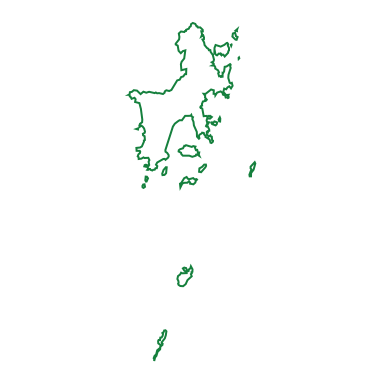 Mueang Phuket, Phuket, Thailand (Robinson projection)
{"feature_id": "78962969B33531913696438", "entity_name": "Mueang Phuket", "entity_type": "district", "adm_level": 2, "iso_a3": "THA", "parent_name": "Thailand", "parent_adm1": "Phuket", "projection": "robinson", "projection_center": [98.375, 7.727], "detail": "fine", "context": "isolated", "style": "outline", "palette": "green", "viewbox_px": 384, "rotation_deg": 0, "n_neighbors": 0, "source": "geoboundaries", "source_scale": "gbopen_adm2", "svg_char_len": 5946}
<svg xmlns="http://www.w3.org/2000/svg" viewBox="0 0 384 384"><path d="M131.8,91.9L129.9,92.2L129.6,94.3L128.7,94.8L129.5,94.8L129.8,96.5L130.5,96.7L131.6,98.8L134.5,97.8L135.6,99.2L135.1,102.0L139.4,103.1L140.9,108.9L142.3,119.6L142.1,122.3L140.0,123.8L139.3,125.9L139.8,126.8L141.3,125.6L142.7,126.6L144.1,128.5L145.0,131.6L144.7,132.8L142.9,133.8L143.1,135.3L144.6,136.2L144.9,140.0L143.9,140.5L144.0,141.5L141.9,146.4L140.1,147.5L136.4,147.9L136.6,150.8L139.8,150.9L140.2,151.6L140.0,152.9L138.4,154.4L137.7,156.4L138.6,157.2L138.7,159.0L141.4,158.6L143.5,157.4L144.5,158.0L148.3,157.8L149.4,160.1L148.6,161.7L149.2,165.0L147.7,167.1L148.0,168.9L147.3,169.8L148.0,169.9L148.9,168.9L150.1,169.0L150.4,169.8L152.3,170.5L153.2,169.8L154.7,169.7L155.5,168.2L156.8,168.2L157.3,166.1L156.0,164.7L157.2,162.5L163.3,159.0L164.7,158.9L165.5,159.8L168.0,157.7L168.7,156.4L168.6,155.0L167.2,152.9L165.5,151.7L165.4,150.0L172.9,126.6L174.8,123.7L177.9,121.3L179.6,120.2L181.9,120.3L185.1,115.9L190.6,115.8L191.3,114.9L191.8,116.6L193.0,117.2L192.3,119.0L193.5,121.8L193.9,125.4L196.8,131.9L197.0,136.6L198.9,138.7L199.4,138.2L198.9,135.9L199.5,134.7L201.9,133.3L202.1,132.7L203.1,132.8L203.8,133.0L204.2,134.5L205.7,136.1L205.5,136.9L209.6,139.5L210.5,142.7L211.5,143.0L212.9,141.7L213.0,140.7L212.1,140.2L211.8,136.7L210.9,136.5L210.4,135.3L208.7,136.6L206.8,134.2L206.8,131.9L207.4,131.3L208.0,131.9L208.2,131.1L209.3,130.8L209.2,129.5L207.7,126.2L206.5,126.6L206.0,126.1L207.2,123.7L208.0,123.9L209.0,122.3L207.0,122.0L206.6,120.3L207.2,118.5L210.1,118.6L211.8,117.0L210.0,115.8L209.1,116.4L208.2,115.9L207.3,116.9L206.3,115.9L203.7,116.2L202.3,108.7L201.4,107.9L200.7,108.0L200.3,107.2L200.8,106.2L202.1,105.6L201.9,104.0L202.9,101.5L204.6,101.1L205.0,100.2L205.8,100.8L206.8,99.7L205.0,97.4L205.2,95.9L203.7,93.8L205.5,93.9L211.1,89.5L213.8,90.3L213.6,93.8L215.3,93.9L215.4,95.3L217.1,92.6L220.7,91.4L222.8,93.2L222.9,94.6L225.2,95.5L225.7,97.5L226.9,97.3L227.9,98.1L228.5,97.8L228.7,97.0L228.1,95.9L228.6,94.8L226.2,95.1L223.3,91.9L224.2,88.6L226.2,89.3L227.5,87.4L229.3,86.3L231.0,88.4L232.6,85.8L231.8,82.8L230.5,83.3L229.7,82.7L228.3,78.0L228.5,74.8L230.7,67.9L230.2,66.7L230.6,64.6L230.1,64.1L226.5,66.5L224.7,66.8L224.1,71.4L223.1,73.1L222.6,72.9L222.6,76.7L221.1,76.9L221.1,76.0L219.1,76.3L218.2,73.2L219.0,72.3L218.0,70.3L215.2,68.5L215.3,67.2L214.4,65.7L212.3,65.5L213.7,64.8L213.7,63.7L211.8,62.3L213.4,61.5L214.0,59.7L212.8,55.0L210.6,51.8L210.3,50.1L208.9,50.2L208.4,48.8L207.0,48.0L204.6,45.1L204.1,42.4L202.5,39.5L203.9,39.2L204.0,37.5L203.2,35.3L201.3,36.5L202.1,34.4L201.3,31.3L202.8,31.3L202.7,29.8L200.2,27.4L198.0,27.5L197.4,26.3L196.6,26.4L195.3,23.9L192.7,23.0L191.1,24.1L190.7,26.3L189.5,27.1L188.8,28.7L186.1,29.8L186.0,30.9L185.0,31.0L184.4,32.0L181.0,31.5L178.8,33.5L179.4,36.9L179.1,39.4L175.7,43.7L175.7,44.5L177.7,45.6L178.6,50.8L180.8,53.2L182.9,51.1L185.3,50.4L184.2,58.5L181.6,61.8L180.9,64.2L181.4,70.2L186.3,69.0L186.1,74.1L184.9,74.1L183.3,76.4L181.1,77.1L179.7,79.7L177.2,80.4L171.4,90.0L169.2,91.0L166.3,90.3L164.8,91.4L164.6,92.7L163.0,94.0L159.1,93.1L157.1,93.3L155.8,92.5L154.7,93.1L149.1,91.8L146.3,92.7L143.4,91.7L140.6,94.1L137.0,90.6L133.8,90.2L131.8,91.9ZM192.4,271.8L192.5,269.3L190.9,266.3L190.3,268.4L188.8,269.5L188.6,271.0L187.4,271.5L186.1,268.1L184.2,267.6L182.9,268.4L184.4,270.7L186.4,271.9L186.6,273.1L182.2,273.3L181.1,272.7L180.1,274.5L178.0,276.1L177.4,279.0L178.4,281.0L178.6,282.9L178.1,283.7L178.6,284.9L180.3,286.0L183.1,286.2L185.7,284.1L187.5,280.1L191.7,276.3L190.9,274.1L191.8,273.2L191.5,272.2L192.4,271.8ZM191.8,146.9L186.0,145.2L185.0,146.0L184.3,145.8L183.0,148.3L180.1,149.2L178.8,150.2L178.6,151.5L181.0,152.7L181.4,154.2L182.9,155.7L189.3,155.7L192.3,156.8L195.8,155.7L196.1,154.6L197.0,154.4L199.3,155.9L198.8,154.8L199.2,152.5L197.9,152.6L197.2,149.9L195.9,150.1L194.9,147.5L195.4,146.6L193.2,146.1L191.8,146.9ZM228.1,44.0L227.3,42.9L226.7,43.0L224.3,44.9L220.7,46.6L215.6,45.0L214.5,47.9L214.4,52.3L214.9,51.5L215.4,54.2L216.5,55.2L217.2,55.3L218.7,53.6L219.8,53.7L221.1,54.9L221.2,53.9L222.4,54.9L223.4,54.7L224.7,56.5L228.1,52.8L228.3,51.2L229.0,50.4L229.0,48.0L227.8,45.5L228.1,44.0ZM189.2,179.2L187.8,178.7L186.6,177.0L184.2,178.2L181.3,182.9L180.0,183.7L180.4,187.4L182.3,183.6L184.2,182.8L187.5,182.7L189.0,181.2L190.2,182.7L190.1,183.7L193.4,184.3L195.3,182.6L195.8,180.8L197.0,179.6L196.5,179.1L194.6,179.4L193.2,178.1L189.2,179.2ZM165.5,330.3L164.2,330.5L163.7,332.0L162.4,333.0L163.1,333.7L162.6,335.9L161.6,337.5L160.3,337.6L160.0,340.1L158.6,340.0L158.1,341.1L158.3,343.4L160.6,345.0L160.3,346.7L162.4,345.0L162.6,343.7L161.9,343.3L161.7,342.3L164.8,338.4L165.8,335.3L166.4,331.3L165.5,330.3ZM253.6,169.7L255.3,163.5L254.7,162.2L250.6,166.7L250.6,168.4L251.4,169.3L249.4,174.7L249.7,176.3L251.0,176.3L251.1,173.0L253.6,169.7ZM201.1,172.2L205.3,167.4L206.1,165.9L205.9,164.6L204.2,164.6L202.1,166.9L199.4,168.4L199.1,171.8L201.1,172.2ZM235.1,32.7L232.9,33.5L232.4,36.6L235.5,39.6L236.6,39.8L237.6,37.0L236.0,36.2L235.1,32.7ZM162.5,175.1L164.5,174.9L166.1,173.2L166.7,167.3L165.9,167.2L163.5,170.0L162.2,173.8L162.5,175.1ZM154.2,361.0L155.1,357.4L156.4,355.9L157.6,351.8L160.1,349.4L160.3,347.7L157.2,350.3L156.2,354.3L154.5,356.0L153.7,358.2L154.2,358.9L154.2,361.0ZM217.1,122.4L214.4,121.4L213.5,122.6L211.8,122.3L211.3,122.8L212.1,124.1L215.6,125.4L216.7,124.3L217.1,122.4ZM146.6,181.5L148.0,178.3L146.9,176.7L145.7,176.6L145.3,180.3L146.0,181.6L146.6,181.5ZM143.5,187.9L145.0,186.8L144.5,184.3L143.2,184.5L142.4,186.0L142.6,187.4L143.5,187.9ZM220.1,121.5L220.3,118.6L219.8,117.3L218.6,119.5L219.2,121.3L220.1,121.5ZM146.2,166.8L147.5,165.3L145.9,164.7L144.7,165.1L144.3,166.4L146.2,166.8ZM136.3,129.0L138.0,129.5L138.2,128.3L136.3,129.0ZM236.9,31.0L236.8,30.4L237.2,29.2L235.6,30.6L236.9,31.0ZM238.7,58.9L239.3,58.3L239.0,57.4L238.6,57.8L238.7,58.9ZM231.2,45.9L231.6,44.8L231.5,44.5L230.8,44.9L231.2,45.9Z" fill="none" stroke="#15803d" stroke-width="2"/></svg>